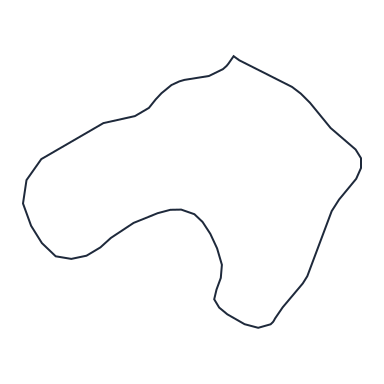 map outline of F.C.T. (Equal Earth projection)
{"feature_id": "PAK-1110", "entity_name": "F.C.T.", "entity_type": "Capital Territory", "adm_level": 1, "iso_a3": "PAK", "parent_name": "Pakistan", "parent_adm1": "", "projection": "equal_earth", "projection_center": [73.083, 33.648], "detail": "fine", "context": "isolated", "style": "outline", "palette": "slate", "viewbox_px": 384, "rotation_deg": 0, "n_neighbors": 0, "source": "natural_earth", "source_scale": "10m", "svg_char_len": 802}
<svg xmlns="http://www.w3.org/2000/svg" viewBox="0 0 384 384"><path d="M103.4,123.1L134.9,116.1L148.9,107.9L155.7,99.4L161.5,93.2L171.5,85.0L179.3,81.4L184.4,79.9L208.9,76.0L223.0,69.1L226.6,65.9L228.4,63.7L233.6,56.2L239.3,60.3L292.0,86.9L300.8,93.6L310.0,102.8L330.6,128.0L355.6,149.5L361.0,158.2L361.0,168.0L356.2,178.8L339.1,199.5L331.7,211.1L307.3,276.2L302.8,283.4L282.7,307.3L275.1,318.4L273.8,320.8L272.9,322.1L270.6,324.3L258.2,327.8L244.6,324.2L227.3,314.3L219.2,307.6L214.2,299.3L216.5,289.6L220.8,277.9L221.9,264.8L217.1,248.4L210.3,233.8L202.6,222.0L194.4,214.2L181.2,209.6L170.4,209.8L157.6,213.2L133.6,222.9L110.9,237.9L100.4,247.4L86.5,255.7L71.3,258.9L55.7,256.3L41.9,243.1L31.1,225.8L23.0,203.5L26.5,180.1L41.3,159.1L103.4,123.1Z" fill="none" stroke="#1e293b" stroke-width="2"/></svg>